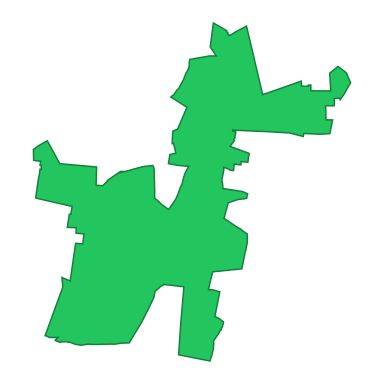 outline of Samahil, Yucatán, Mexico
{"feature_id": "50627088B51124691471902", "entity_name": "Samahil", "entity_type": "district", "adm_level": 2, "iso_a3": "MEX", "parent_name": "Mexico", "parent_adm1": "Yucatán", "projection": "mercator", "projection_center": [-89.908, 20.848], "detail": "fine", "context": "isolated", "style": "filled", "palette": "green", "viewbox_px": 384, "rotation_deg": 0, "n_neighbors": 0, "source": "geoboundaries", "source_scale": "gbopen_adm2", "svg_char_len": 4026}
<svg xmlns="http://www.w3.org/2000/svg" viewBox="0 0 384 384"><path d="M247.3,234.0L242.6,230.8L240.3,228.8L238.2,227.9L224.0,218.3L224.6,216.1L228.2,202.9L229.3,202.5L230.8,201.9L232.4,201.4L234.1,200.8L237.2,199.8L238.1,199.5L242.1,199.0L244.9,198.7L246.7,198.3L247.1,195.8L247.4,194.5L247.9,193.2L247.5,193.7L242.6,191.6L240.9,191.3L222.8,188.5L222.9,186.8L222.8,185.7L222.6,184.1L221.9,180.6L222.3,177.7L223.2,173.3L223.7,170.5L223.7,167.3L225.3,167.9L226.6,168.3L228.3,169.0L230.5,170.3L233.5,170.6L234.2,164.2L240.9,164.9L241.2,161.6L247.9,162.2L248.5,157.0L248.5,156.2L248.9,155.6L249.2,153.4L230.1,146.4L234.3,140.8L233.9,140.6L234.0,138.8L234.7,138.7L235.8,132.0L232.6,130.9L232.7,130.1L256.0,131.2L266.3,131.6L269.7,131.8L269.8,131.8L271.7,131.9L286.7,132.8L287.3,132.8L287.5,132.8L289.2,132.9L303.3,136.5L303.7,133.7L304.5,133.5L311.9,133.8L319.1,134.2L320.4,134.1L321.2,134.2L329.9,133.6L332.6,119.9L326.0,119.9L325.9,115.6L325.6,105.8L326.6,105.8L329.5,105.8L332.4,105.8L334.2,105.8L334.4,101.3L334.1,98.5L339.6,98.1L340.2,99.7L343.9,94.5L345.5,91.7L346.7,89.5L348.2,86.8L349.0,85.5L350.6,82.7L348.1,77.0L346.5,73.1L346.0,72.5L338.0,66.4L329.7,73.2L330.8,90.9L310.9,90.8L310.9,85.1L308.3,85.1L308.3,86.2L301.6,86.2L301.3,81.1L262.7,94.7L246.5,26.1L234.5,32.5L231.6,34.5L229.1,35.5L227.7,33.3L227.8,32.4L227.0,32.2L226.3,31.1L226.5,30.6L225.9,30.5L225.6,30.0L213.4,23.0L212.8,27.2L211.5,37.2L210.2,46.9L213.3,51.5L216.3,56.0L209.7,55.9L205.2,56.7L196.1,58.3L193.6,58.7L192.9,59.1L189.9,59.3L189.2,62.1L189.3,65.2L188.7,68.2L186.8,72.1L186.2,72.5L183.4,79.8L178.9,88.1L177.5,89.7L177.0,90.0L174.1,94.3L173.5,95.1L172.5,95.5L170.7,97.1L173.4,98.6L186.9,107.3L177.5,129.4L173.3,130.7L172.7,131.9L172.6,134.8L172.3,139.4L172.2,143.7L173.5,143.1L175.8,153.3L169.9,154.5L168.8,161.4L168.4,163.6L176.8,165.2L177.4,165.3L186.2,166.2L188.7,166.1L188.5,166.8L185.5,172.1L185.4,172.3L183.7,177.1L182.4,182.4L182.1,183.7L180.3,187.6L179.9,188.7L178.0,194.0L176.0,198.6L174.2,201.5L173.3,202.8L171.7,205.0L168.6,209.5L161.9,204.6L157.1,200.1L154.6,198.2L154.7,192.1L154.2,169.9L154.1,169.1L153.9,167.8L153.5,167.0L153.3,166.1L152.8,165.5L143.5,166.5L141.6,166.9L140.0,167.5L138.4,167.8L130.9,169.9L129.6,170.3L121.1,172.4L122.1,171.4L120.6,171.4L108.1,179.9L106.3,182.3L102.6,185.7L96.5,185.3L96.1,185.3L96.6,167.0L59.8,163.7L47.3,140.7L38.4,145.8L33.4,149.5L33.6,160.4L40.5,161.3L40.0,165.4L41.4,165.7L41.2,169.4L40.0,169.2L39.6,172.3L39.2,175.5L38.4,179.0L35.8,197.0L35.9,198.1L38.4,198.7L72.1,206.4L70.8,214.3L69.3,214.3L67.3,227.4L76.2,227.7L76.0,233.2L83.9,233.9L82.8,243.9L75.6,243.3L70.2,281.0L61.9,277.5L62.9,286.8L45.1,335.7L46.7,336.1L49.5,337.5L53.4,337.5L58.1,337.4L55.2,340.1L55.2,340.5L57.3,341.3L57.9,341.6L59.0,341.9L59.6,342.1L60.2,342.4L60.9,342.2L62.0,341.7L63.1,341.8L65.2,341.8L66.5,341.8L67.1,341.9L67.7,342.0L68.6,342.3L69.2,342.3L70.9,342.6L72.3,343.1L75.6,344.4L77.0,344.5L79.9,345.1L80.7,345.2L83.8,344.8L85.8,344.5L86.2,344.4L88.1,344.1L90.7,344.3L92.0,344.4L93.5,344.4L95.8,344.4L98.5,344.4L100.2,344.4L101.3,344.3L102.5,344.3L103.1,344.2L104.2,344.3L105.3,344.2L108.8,344.1L110.8,344.1L114.6,344.2L120.9,343.2L129.3,342.9L134.0,334.8L136.0,331.6L141.3,322.9L149.3,307.1L153.8,297.6L154.1,296.6L155.1,291.1L156.5,290.2L158.9,288.1L159.2,287.9L160.3,286.6L163.5,284.9L163.9,284.5L174.0,285.6L178.7,286.2L178.8,286.2L183.9,286.8L183.0,297.2L180.9,321.5L178.7,353.5L178.6,354.8L210.0,361.0L210.3,359.9L210.8,358.4L211.2,357.0L211.8,355.4L212.6,352.3L213.3,349.1L213.5,347.3L213.6,344.9L213.8,343.6L213.8,342.9L213.7,342.6L213.5,341.6L213.9,340.4L219.2,332.7L220.3,330.2L221.2,329.8L221.6,328.3L222.5,326.5L223.6,322.1L219.4,318.6L214.9,316.5L219.8,291.8L217.2,291.1L213.8,290.1L211.4,289.7L209.0,289.7L208.4,289.6L212.7,271.8L220.0,271.1L239.3,269.1L241.9,268.8L242.2,267.0L245.0,253.2L245.0,252.7L245.1,252.0L245.8,250.3L246.1,248.8L246.3,247.5L246.2,246.9L246.4,246.3L246.6,245.3L246.9,244.7L247.1,243.6L247.4,242.7L247.2,240.9L247.3,234.0Z" fill="#22c55e" stroke="#15803d" stroke-width="1.5"/></svg>